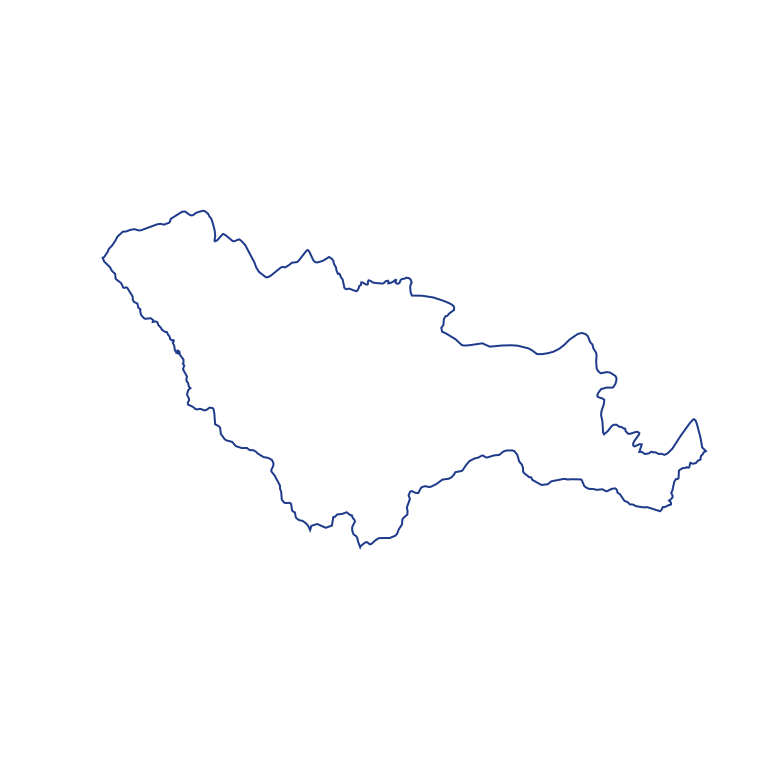 outline of Bagata, Bandundu, Democratic Republic of the Congo, rotated 217°
{"feature_id": "63176286B20425932648522", "entity_name": "Bagata", "entity_type": "district", "adm_level": 2, "iso_a3": "COD", "parent_name": "Democratic Republic of the Congo", "parent_adm1": "Bandundu", "projection": "mercator", "projection_center": [17.479, -3.93], "detail": "fine", "context": "isolated", "style": "outline", "palette": "blue", "viewbox_px": 768, "rotation_deg": 217, "n_neighbors": 0, "source": "geoboundaries", "source_scale": "gbopen_adm2", "svg_char_len": 6127}
<svg xmlns="http://www.w3.org/2000/svg" viewBox="0 0 768 768"><g transform="rotate(217 384 384)"><path d="M684.7,315.5L681.2,313.4L673.3,312.4L669.1,310.5L665.1,310.2L661.9,306.8L660.6,306.4L655.3,306.4L653.2,305.8L650.6,304.1L649.3,304.4L647.8,306.2L646.9,306.3L637.4,302.6L635.4,300.2L633.3,299.1L629.3,299.8L626.3,297.2L623.4,297.0L622.6,295.5L619.7,293.0L615.5,292.1L613.9,292.4L609.9,296.1L606.7,296.1L606.0,294.4L604.0,296.6L602.1,296.9L599.6,295.2L596.2,294.7L593.9,293.7L590.2,293.9L588.7,294.8L585.6,293.2L584.0,293.0L581.8,291.2L580.2,291.1L578.6,292.3L577.7,291.9L577.7,290.0L574.5,288.3L571.4,285.1L569.0,284.3L568.6,284.7L569.1,286.4L567.1,286.8L566.2,286.0L567.0,285.6L567.6,284.3L565.8,284.9L558.8,282.8L557.2,280.7L556.8,279.2L554.7,278.6L553.4,274.8L545.9,271.4L544.3,268.3L543.1,267.4L541.3,267.0L538.2,264.5L536.1,264.2L536.7,261.3L534.9,256.9L530.9,254.9L529.9,253.6L529.3,250.7L528.1,249.6L524.4,250.5L521.2,250.8L519.8,250.4L518.1,251.1L516.1,253.3L514.2,254.2L512.3,254.4L510.3,256.2L509.1,260.1L506.6,261.6L505.2,261.4L502.0,258.6L494.6,250.2L490.8,250.9L488.6,250.5L484.2,245.9L478.0,244.0L475.7,244.2L470.4,246.4L465.0,245.2L458.9,247.3L455.0,250.4L451.4,250.4L448.9,252.3L445.7,252.9L443.2,252.5L436.4,253.1L431.7,255.4L427.8,255.9L424.7,254.3L423.2,252.1L422.3,247.6L421.4,246.4L416.3,245.1L406.0,240.3L404.1,237.9L401.2,236.0L396.1,230.2L392.4,229.2L391.1,229.6L387.7,232.4L386.1,232.4L381.4,227.8L380.3,227.4L377.8,227.8L374.4,224.6L372.9,224.1L369.7,224.2L366.7,225.7L362.3,225.8L359.2,225.1L355.1,222.8L356.6,227.0L353.1,232.0L344.0,234.1L340.4,239.6L344.4,247.2L343.4,247.9L342.8,251.7L339.3,255.0L336.6,259.1L331.8,259.0L330.8,259.8L328.3,258.2L326.2,257.8L324.4,256.7L323.4,250.8L321.4,248.0L317.9,245.6L314.3,245.7L312.5,244.8L310.0,242.6L304.8,239.3L305.1,240.5L303.6,246.2L302.4,247.5L298.8,247.4L297.8,248.7L296.8,254.1L295.2,258.0L286.7,264.5L283.7,269.6L283.4,272.4L284.7,276.6L285.1,282.6L287.8,286.9L287.9,288.4L286.8,293.9L289.1,297.1L291.4,299.0L293.9,307.2L294.8,308.3L297.4,309.9L298.3,313.8L297.5,315.2L293.6,315.9L291.0,317.5L291.9,323.2L291.6,324.6L289.6,327.2L286.1,328.8L284.6,330.3L281.9,335.8L279.8,342.8L275.2,347.4L273.9,350.3L273.6,354.1L274.0,356.5L269.7,361.2L269.3,362.6L269.7,368.7L269.3,374.0L266.6,379.5L264.7,381.5L262.8,385.6L261.9,386.5L258.4,386.7L257.3,387.5L253.4,392.9L249.2,396.9L248.2,401.5L246.4,404.4L241.7,408.1L239.4,408.8L234.8,407.6L229.4,403.5L225.4,402.6L222.6,400.7L220.0,397.6L218.1,397.1L211.9,397.0L210.3,398.0L207.7,396.7L198.4,398.0L197.3,398.3L192.9,402.5L191.7,407.1L183.6,416.1L182.2,417.3L179.8,418.2L177.6,420.3L169.3,426.3L168.1,426.2L162.6,423.0L159.9,423.0L156.9,423.7L153.9,426.0L150.5,427.4L146.2,431.4L142.4,431.9L141.2,432.8L139.2,437.1L136.7,439.7L135.6,439.9L133.7,439.2L132.2,437.8L129.0,437.9L121.8,435.4L117.7,436.3L115.4,435.8L112.3,437.7L109.6,437.9L104.8,440.4L101.5,442.3L99.9,444.0L87.0,448.5L86.6,450.5L87.3,453.5L86.0,454.2L83.5,459.0L82.4,460.0L82.4,460.8L83.9,462.2L86.2,462.4L85.4,465.2L85.4,467.3L86.5,468.6L89.1,469.9L89.5,472.3L93.4,480.7L93.6,483.7L92.3,484.9L92.1,486.1L96.2,492.1L96.2,493.2L94.8,496.7L93.0,498.0L92.1,499.9L90.7,500.1L90.3,500.7L90.1,501.5L91.7,504.6L91.8,505.5L89.4,506.1L87.4,508.5L87.1,511.7L85.8,514.1L87.5,517.1L87.2,520.2L87.6,521.7L86.5,524.2L91.7,524.8L98.9,531.6L110.1,540.4L113.0,542.2L115.1,542.5L115.7,541.9L116.2,536.9L115.9,521.4L114.8,506.0L115.8,499.1L117.4,496.2L120.4,495.3L122.3,493.5L125.2,493.0L126.9,492.4L128.0,491.2L129.2,491.2L129.9,490.5L130.6,488.2L133.4,485.1L137.4,484.9L139.2,483.4L141.8,490.9L143.5,489.9L146.4,484.9L147.9,484.9L149.1,486.2L149.8,489.1L149.9,497.1L150.4,498.4L152.1,498.5L153.8,497.6L157.5,492.3L159.2,491.2L162.7,491.8L164.6,493.5L165.6,492.7L168.6,492.6L170.4,491.4L173.8,491.4L176.1,489.6L176.9,486.9L176.9,481.3L178.0,476.2L179.7,477.0L187.1,485.6L191.9,489.8L194.0,493.2L196.2,500.0L198.1,503.3L198.8,504.0L200.6,503.9L204.9,502.5L206.0,502.6L206.8,503.3L207.5,505.4L207.6,510.4L204.3,514.9L199.3,518.7L199.0,519.8L199.3,523.5L200.8,527.1L201.9,528.6L204.1,529.7L210.3,529.2L213.1,527.7L217.4,523.0L220.5,523.1L223.4,524.3L228.0,529.5L231.4,534.7L233.4,536.6L238.3,538.5L241.3,541.0L244.5,541.5L249.9,544.8L253.1,545.2L256.7,543.8L259.3,540.7L262.5,531.3L263.6,523.7L265.3,517.4L268.2,511.6L271.6,507.3L275.8,502.9L279.8,500.0L286.3,500.0L290.3,499.3L300.4,495.0L305.7,491.5L312.9,485.8L321.4,478.0L322.6,477.3L329.9,475.7L339.2,466.3L342.6,463.3L345.2,461.9L354.0,462.8L366.1,461.5L369.0,460.7L372.0,463.3L372.1,466.8L375.2,471.9L375.7,475.0L374.6,476.3L374.2,480.1L372.6,485.3L374.3,487.6L375.6,488.1L379.1,488.1L386.4,486.3L396.7,482.8L406.6,477.5L415.0,471.4L418.1,473.4L421.6,477.4L422.8,480.1L423.0,481.9L423.8,482.1L425.2,483.3L427.7,483.6L430.1,482.4L430.9,480.6L432.8,478.7L433.3,476.9L432.5,474.2L433.0,472.7L433.9,472.0L435.5,471.8L436.1,472.2L436.8,474.3L437.6,474.1L438.4,471.0L439.7,468.4L441.2,467.0L442.0,468.6L443.2,468.8L444.4,467.3L445.0,464.2L446.0,463.0L453.6,458.4L457.1,458.2L458.7,457.5L458.4,456.0L457.0,454.1L457.4,453.2L458.3,452.6L461.8,452.3L463.3,451.5L462.0,449.2L462.7,447.3L461.8,445.0L461.5,442.1L462.2,441.3L469.3,439.2L471.2,436.9L473.4,436.9L480.0,442.6L482.8,443.4L485.0,444.9L486.1,445.2L487.1,444.2L490.6,446.3L492.5,448.2L496.3,449.8L498.3,451.7L500.7,452.6L504.3,452.4L507.0,445.5L510.4,440.9L512.4,439.9L515.2,440.4L523.2,444.7L525.5,445.1L526.1,444.2L526.4,430.5L526.9,429.0L530.6,425.3L531.3,422.2L533.1,417.6L535.4,416.6L536.5,414.9L539.5,402.8L540.9,399.5L542.5,398.2L551.2,398.3L556.0,400.1L560.7,403.1L578.6,411.5L584.5,412.5L586.8,412.3L589.6,407.8L590.7,407.1L599.5,407.5L602.5,407.2L603.0,406.5L603.7,398.5L604.7,396.3L605.6,396.4L608.1,401.0L612.2,405.2L618.6,410.2L621.7,412.2L624.2,412.7L627.0,414.1L631.2,414.2L633.1,413.2L637.1,407.6L638.1,404.0L639.1,402.9L640.4,402.2L646.8,402.0L648.9,400.1L653.7,387.6L652.5,384.4L652.9,383.1L655.6,378.9L658.9,377.4L661.4,374.8L670.6,360.5L672.2,359.1L676.4,357.5L679.0,354.9L681.9,350.4L684.2,348.6L685.6,341.1L684.8,337.0L684.5,331.0L685.1,326.3L684.2,323.4L683.9,316.8L684.7,315.5Z" fill="none" stroke="#1e3a8a" stroke-width="2"/></g></svg>